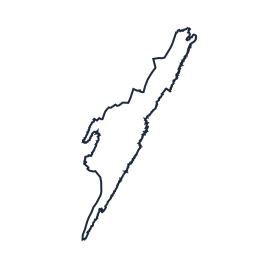 outline of Rangamati, Chittagong, Bangladesh, rotated 37°
{"feature_id": "16705992B35610473312733", "entity_name": "Rangamati", "entity_type": "district", "adm_level": 2, "iso_a3": "BGD", "parent_name": "Bangladesh", "parent_adm1": "Chittagong", "projection": "equal_earth", "projection_center": [92.168, 22.796], "detail": "fine", "context": "isolated", "style": "outline", "palette": "slate", "viewbox_px": 256, "rotation_deg": 37, "n_neighbors": 0, "source": "geoboundaries", "source_scale": "gbopen_adm2", "svg_char_len": 5957}
<svg xmlns="http://www.w3.org/2000/svg" viewBox="0 0 256 256"><g transform="rotate(37 128 128)"><path d="M158.8,244.4L159.4,243.2L160.4,243.1L160.3,242.3L160.7,241.5L159.5,235.9L159.3,235.6L158.7,235.8L158.8,235.1L158.4,234.9L159.1,233.5L158.5,232.7L158.7,231.2L158.4,231.0L158.5,230.3L157.8,228.4L158.5,228.0L158.7,227.2L157.2,224.6L157.5,223.3L156.8,221.0L157.4,220.8L157.7,218.4L156.8,218.0L156.6,216.1L156.1,215.9L155.2,211.7L154.0,210.2L154.3,209.4L155.3,209.3L155.5,208.3L156.7,208.8L156.4,209.8L156.9,210.6L158.0,210.8L158.5,209.0L158.3,205.8L158.1,204.7L157.0,204.4L157.0,200.8L156.7,199.6L156.3,199.4L156.6,194.5L156.1,194.1L156.2,193.4L155.7,192.8L155.9,192.4L155.7,192.0L156.2,191.9L156.2,191.4L155.8,191.2L156.0,190.9L155.7,190.7L155.9,189.1L155.7,188.6L155.9,188.5L155.7,188.5L155.7,187.9L155.4,187.5L155.6,187.5L155.4,186.9L155.7,186.3L155.1,185.0L154.9,181.7L154.5,181.5L154.3,180.2L154.0,180.2L154.1,179.1L153.7,178.9L153.7,177.2L153.4,176.8L153.7,176.4L153.3,176.0L153.6,175.5L153.0,175.5L153.2,174.5L152.9,173.8L153.4,173.5L152.9,173.2L153.3,173.1L153.3,172.6L152.8,171.3L152.9,169.9L152.5,168.9L152.5,165.7L152.2,165.5L152.2,164.9L152.8,164.5L152.1,164.5L152.7,164.1L152.5,163.8L152.9,163.1L152.5,163.0L152.9,162.6L152.5,162.2L152.2,162.6L152.4,162.1L151.8,160.7L152.0,160.6L151.7,159.9L151.9,159.2L151.6,158.7L151.1,158.7L151.0,157.4L150.2,156.9L150.8,156.2L150.7,155.2L151.2,155.4L151.7,155.0L151.7,153.7L151.4,153.8L151.2,153.4L151.8,153.2L151.5,153.2L151.5,151.9L151.0,151.5L151.0,150.8L151.3,151.0L151.4,150.5L150.9,150.2L151.0,149.4L150.7,149.4L151.2,148.5L151.2,147.8L150.6,147.8L150.4,146.9L150.4,145.9L150.7,145.7L150.4,145.1L150.4,144.6L150.8,144.6L150.8,143.8L150.3,142.8L149.5,138.5L149.7,136.8L149.1,136.0L149.4,135.5L148.9,135.6L148.7,134.7L148.4,135.0L147.6,134.3L147.4,134.5L147.1,133.9L145.8,133.9L146.3,133.0L145.8,132.3L145.9,130.6L145.6,129.3L145.4,129.5L145.6,127.8L144.9,126.7L145.1,126.2L144.8,125.8L144.6,126.4L144.4,125.0L143.9,124.8L144.3,124.4L144.0,124.1L144.7,123.5L143.8,122.0L144.7,122.2L144.3,121.7L144.5,121.0L144.2,121.0L144.9,120.5L144.4,120.1L144.6,119.7L143.8,119.5L144.0,118.6L144.5,118.5L143.4,117.8L143.5,115.6L143.2,115.2L142.1,116.7L142.0,115.9L140.9,113.9L140.7,112.5L140.1,113.2L139.3,112.7L139.1,113.5L138.7,112.7L139.1,112.0L138.8,111.3L136.8,111.4L136.7,110.6L136.4,110.5L136.7,110.4L136.5,110.0L136.9,108.6L136.5,107.7L136.9,107.6L136.6,107.4L136.6,106.3L137.1,105.6L137.1,104.8L137.5,104.8L137.3,102.5L137.5,101.4L137.1,101.1L137.6,99.2L137.3,98.5L137.8,97.7L138.2,95.6L137.4,93.7L137.6,93.1L137.2,92.6L137.1,92.0L136.7,92.2L136.2,90.7L135.6,90.6L135.1,89.9L136.0,86.9L135.0,86.1L135.4,84.7L135.1,84.5L135.7,83.3L135.0,80.7L134.8,80.6L135.4,80.1L134.7,79.7L134.7,75.0L134.4,73.7L134.0,73.6L139.1,73.4L139.0,73.2L139.3,73.0L138.9,72.8L138.5,71.8L138.8,71.1L138.0,70.6L137.9,69.8L138.4,70.0L137.8,67.9L137.2,67.5L137.6,64.9L136.7,64.0L136.7,63.2L136.3,63.4L136.0,62.8L136.0,63.5L135.7,62.8L136.4,61.7L136.7,59.9L137.2,59.3L137.1,58.8L136.8,58.7L137.0,58.0L136.1,57.4L136.2,56.6L135.6,57.5L134.9,56.7L135.7,55.8L134.6,55.7L135.1,54.5L134.7,54.6L134.6,53.4L134.6,52.7L134.8,53.2L135.1,52.8L135.0,52.0L134.1,51.7L134.0,49.2L133.6,49.0L132.8,49.8L132.5,47.7L132.2,47.4L132.8,46.4L132.4,46.6L132.1,46.1L132.5,46.0L132.7,45.2L131.3,44.5L131.6,44.1L131.9,44.3L131.8,43.7L132.1,43.6L131.2,42.6L131.7,42.2L131.3,41.7L131.6,41.7L131.5,41.0L131.8,40.9L131.5,40.6L131.6,39.5L131.2,39.4L131.3,38.9L131.0,39.2L130.9,38.5L131.4,37.8L131.0,36.9L130.3,36.7L130.7,35.8L130.6,34.7L130.7,34.2L131.0,34.3L130.4,33.1L130.6,32.4L130.2,32.0L130.5,31.5L129.8,29.6L129.4,30.2L129.1,29.3L128.7,29.0L128.6,26.7L129.4,26.1L128.8,25.2L128.0,25.0L127.8,25.7L127.6,24.9L128.1,24.0L127.3,23.6L128.9,18.8L128.8,16.2L127.8,15.2L127.7,14.3L126.6,13.4L125.1,13.5L124.3,13.9L123.9,14.8L124.4,17.1L123.9,17.3L123.5,18.3L123.6,20.4L122.6,22.2L121.6,22.2L121.6,21.5L121.2,21.2L121.1,19.9L121.8,18.3L121.2,16.4L120.8,15.7L119.3,15.1L118.5,15.5L118.4,14.4L117.8,13.6L118.0,11.8L117.1,11.6L116.4,12.2L115.4,12.4L115.0,14.0L113.7,15.6L113.6,17.0L113.1,17.5L112.7,17.1L112.0,17.8L111.4,19.3L109.8,18.9L109.2,20.4L109.6,21.1L109.5,22.8L109.0,22.9L112.8,34.2L113.6,37.9L114.8,49.7L113.2,51.8L110.5,53.6L106.6,57.6L113.7,63.3L113.8,69.9L114.5,77.3L116.4,84.0L118.8,90.0L117.7,90.9L115.3,91.6L114.9,90.8L112.8,92.7L108.8,93.6L111.8,102.2L113.1,107.7L108.6,110.8L107.1,115.6L105.9,116.9L103.9,116.9L102.2,122.0L100.3,123.2L99.9,126.4L100.0,129.1L102.3,136.3L101.2,137.2L99.1,137.4L98.7,140.7L95.5,141.0L95.3,142.0L96.4,142.4L96.9,143.5L95.9,145.5L96.5,146.8L96.5,149.0L97.1,150.5L96.8,151.0L97.8,152.3L97.7,153.1L98.1,153.2L98.2,154.7L98.7,155.1L98.7,156.0L98.4,156.2L98.8,156.4L99.3,158.3L99.1,158.8L99.6,160.1L99.8,161.5L99.5,161.9L100.0,162.1L100.2,163.3L99.8,163.4L99.4,164.9L99.9,165.5L100.3,165.2L101.2,165.5L100.4,165.7L100.4,166.4L102.1,166.0L102.6,165.7L102.7,164.7L103.6,164.4L103.7,163.5L104.1,163.1L103.8,162.0L104.7,160.9L104.1,159.9L104.2,158.9L103.5,158.3L103.8,155.8L103.4,155.7L103.5,155.3L102.8,154.2L103.3,151.3L105.1,150.6L105.0,149.9L105.6,149.6L105.6,149.1L105.9,149.6L105.9,150.5L106.4,150.6L106.3,151.1L106.9,150.4L107.4,150.6L107.7,150.1L108.6,150.1L108.7,150.8L109.6,150.8L109.1,152.7L109.6,152.6L110.0,153.6L110.9,154.1L111.8,155.6L111.8,156.6L111.3,157.1L112.0,157.3L112.1,160.6L112.8,160.5L113.5,162.6L113.5,164.2L114.0,165.2L114.1,166.5L114.4,166.9L114.1,167.5L114.5,168.7L114.0,169.4L115.1,170.5L115.0,171.6L115.3,172.1L114.9,172.2L114.7,172.8L113.9,172.8L113.5,173.8L112.9,173.8L113.1,174.7L111.3,176.6L111.8,177.8L112.2,177.9L113.2,180.8L114.3,180.3L115.1,180.7L114.8,181.2L115.0,182.2L114.3,182.5L114.4,182.9L119.5,183.3L120.4,183.6L120.2,185.0L121.3,185.2L122.9,185.2L126.5,183.6L128.0,182.1L135.5,184.0L139.0,187.2L144.9,194.7L146.1,197.0L146.7,199.0L148.0,207.1L148.1,212.1L149.7,217.7L150.5,223.0L151.8,227.5L154.7,235.1L156.2,240.6L158.8,244.4Z" fill="none" stroke="#1e293b" stroke-width="2"/></g></svg>